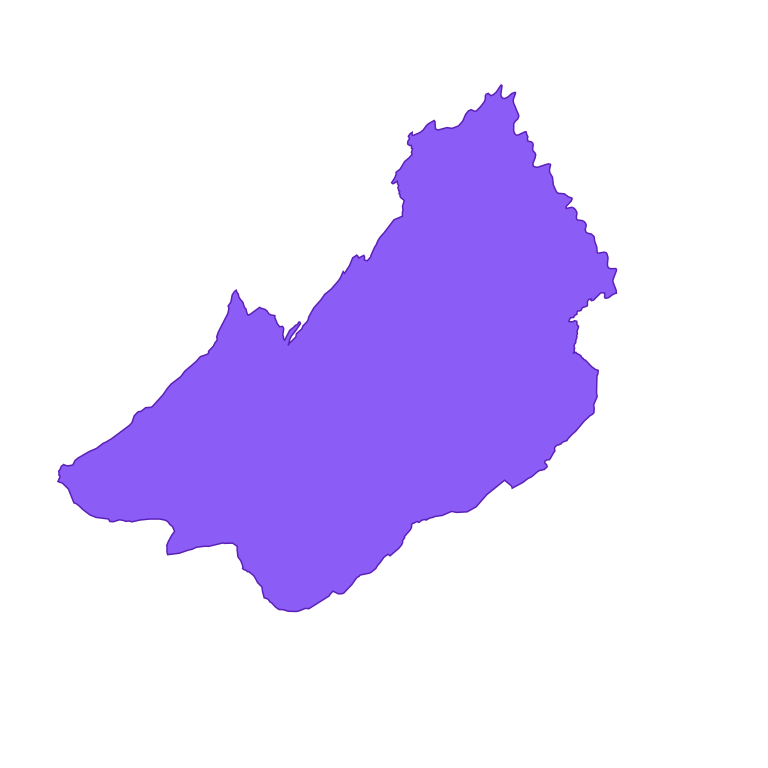 Gjerdrum nor, Akershus, Norway, rotated 314°
{"feature_id": "86288312B13989294808730", "entity_name": "Gjerdrum nor", "entity_type": "district", "adm_level": 2, "iso_a3": "NOR", "parent_name": "Norway", "parent_adm1": "Akershus", "projection": "equal_earth", "projection_center": [11.024, 60.079], "detail": "fine", "context": "isolated", "style": "filled", "palette": "violet", "viewbox_px": 768, "rotation_deg": 314, "n_neighbors": 0, "source": "geoboundaries", "source_scale": "gbopen_adm2", "svg_char_len": 6154}
<svg xmlns="http://www.w3.org/2000/svg" viewBox="0 0 768 768"><g transform="rotate(314 384 384)"><path d="M584.6,229.5L582.2,228.9L579.1,229.4L578.3,231.9L575.1,232.6L573.3,234.1L573.0,234.7L573.4,236.7L574.7,238.0L572.7,239.9L573.1,241.1L569.6,242.9L568.7,244.7L564.0,244.9L558.4,244.3L549.8,246.3L544.7,245.6L543.1,247.2L539.1,248.7L534.1,249.6L534.0,250.9L534.9,251.7L539.0,252.7L537.4,254.8L537.0,256.7L534.9,257.6L533.2,260.5L533.6,261.3L531.3,262.7L531.5,264.0L530.2,265.0L529.7,266.7L530.1,271.1L524.7,273.8L522.2,277.0L520.4,277.8L517.5,280.7L509.1,277.1L492.8,279.0L487.3,279.2L483.3,279.9L477.8,282.0L476.5,282.0L467.2,285.4L466.3,286.1L461.0,286.4L459.6,283.8L462.0,281.6L462.5,280.1L457.2,278.3L457.9,275.8L457.8,274.9L453.0,273.8L445.4,276.9L436.1,278.7L436.5,276.5L430.4,278.8L426.3,279.5L415.4,280.1L407.5,279.1L400.3,280.2L390.0,280.6L379.5,283.4L378.2,284.5L375.8,285.3L369.3,285.4L366.7,286.6L359.2,286.1L356.7,287.9L348.2,287.7L345.1,288.1L347.3,287.3L350.7,285.2L354.2,284.1L361.2,283.4L369.4,282.0L370.1,280.3L369.1,279.7L366.5,280.4L364.7,279.5L361.8,279.6L357.1,278.9L346.5,282.1L346.5,281.3L347.5,279.2L348.3,278.8L348.8,277.3L353.9,273.6L354.7,272.4L354.9,270.9L352.7,269.2L353.2,265.5L356.1,259.1L357.4,258.0L355.2,254.8L354.5,252.4L355.3,248.8L354.9,246.3L353.2,243.1L352.8,241.3L341.2,239.3L339.1,238.4L339.9,236.0L342.2,232.4L342.1,230.8L342.9,228.9L344.7,225.9L345.1,221.9L345.7,219.4L347.6,216.3L347.7,214.8L348.8,212.5L346.7,212.2L342.7,212.9L336.6,216.9L331.8,217.7L330.8,219.8L326.2,222.7L306.0,228.8L301.5,231.0L301.0,232.2L299.3,233.6L296.7,233.7L292.5,235.0L286.2,235.0L285.3,235.3L284.2,236.5L281.9,235.9L276.1,232.9L269.6,233.2L254.6,231.8L248.1,232.7L236.1,230.9L230.5,231.2L222.8,232.5L206.5,233.0L204.9,232.2L201.5,229.0L195.6,228.2L193.2,226.4L187.7,226.4L180.9,229.6L177.3,229.6L155.3,226.0L149.2,224.4L146.4,223.2L137.9,221.9L130.2,218.7L118.2,215.3L114.4,214.9L109.5,216.4L105.3,213.3L103.9,210.8L103.6,209.5L100.5,209.1L97.0,210.5L95.3,210.5L94.0,212.4L92.6,213.4L92.7,215.2L87.3,217.2L89.3,221.6L89.2,230.0L83.1,243.5L84.1,245.6L84.5,249.0L84.5,254.6L85.5,263.3L88.0,269.5L95.5,279.6L94.6,282.2L96.8,284.9L102.6,288.1L104.6,290.9L105.9,293.8L108.2,295.5L109.7,298.4L116.7,303.0L123.9,309.1L131.1,316.5L134.2,321.5L134.8,324.1L134.2,327.7L134.5,330.8L132.6,335.7L128.0,336.3L120.5,338.4L116.7,340.0L115.8,341.5L112.6,344.3L110.9,346.9L119.9,354.2L129.4,359.1L131.4,360.6L136.3,362.5L143.3,368.2L145.3,370.6L158.0,378.7L158.4,379.8L164.4,385.7L165.3,391.2L162.9,393.3L158.2,399.0L157.4,403.6L155.9,407.0L154.4,409.7L153.2,410.2L153.0,411.6L154.2,414.5L154.1,416.1L155.1,417.2L155.6,423.0L155.4,424.6L153.3,431.3L153.2,437.1L150.4,440.7L147.0,446.3L148.7,450.1L148.0,453.2L148.5,455.5L148.2,461.0L148.8,465.0L151.7,468.4L154.0,473.0L159.4,478.9L162.1,480.7L167.6,483.1L169.7,485.2L169.9,486.0L193.5,491.8L194.9,491.3L199.5,491.2L201.4,497.0L204.3,499.7L205.9,500.3L217.6,500.2L225.5,498.9L228.6,499.7L229.9,499.5L237.7,504.8L239.5,505.5L245.6,506.3L248.9,505.4L252.7,505.3L259.3,504.3L264.2,505.1L264.6,507.7L275.8,508.8L280.6,508.4L283.1,507.4L284.1,506.2L287.8,505.6L288.4,504.7L297.7,504.2L300.2,503.2L302.2,501.5L303.5,501.2L304.3,502.0L308.0,503.2L308.6,505.2L312.7,506.0L315.5,508.0L315.3,508.8L319.2,510.0L322.6,512.2L323.8,512.4L329.9,517.2L339.3,521.1L342.1,525.5L349.8,532.6L359.5,535.6L376.0,534.8L398.5,537.6L399.2,545.6L398.9,547.4L398.1,548.6L410.1,552.4L415.6,553.1L419.8,554.6L427.9,555.4L430.7,556.4L431.5,557.4L433.1,558.0L433.7,558.7L437.8,558.9L439.0,556.9L438.8,554.9L439.9,553.4L442.4,553.8L444.5,555.6L446.4,555.3L452.4,553.7L454.4,553.6L456.0,551.5L457.3,550.8L460.4,550.9L461.4,551.9L464.2,553.0L466.0,552.7L470.4,554.9L472.4,554.4L478.8,554.3L483.3,554.7L496.2,553.8L504.2,554.2L507.1,555.0L509.1,555.0L512.4,552.2L514.8,549.2L522.9,546.2L525.5,542.8L537.6,531.7L539.5,531.0L542.6,528.7L541.3,525.8L540.7,521.3L541.1,512.2L540.4,510.9L540.8,509.1L540.2,508.0L541.0,506.6L540.9,504.7L539.9,501.3L540.1,500.2L538.0,498.8L539.8,498.3L540.9,496.8L542.1,496.4L543.0,494.5L545.1,493.4L546.9,493.2L548.5,491.8L551.9,490.1L552.5,489.0L554.7,488.1L555.8,486.4L560.2,484.3L560.8,483.1L560.5,482.8L560.9,481.4L563.0,479.1L561.9,477.1L559.6,476.4L558.7,475.3L557.4,473.5L558.3,472.9L561.3,472.2L563.5,474.2L566.0,473.6L568.3,474.3L569.6,472.9L570.8,472.6L573.6,474.6L576.7,473.7L581.1,475.9L582.0,475.6L584.9,472.8L587.4,472.7L589.0,473.7L588.1,474.3L588.1,475.4L590.1,476.5L599.7,476.6L600.8,477.0L602.7,479.7L599.7,482.3L599.4,483.4L599.8,484.1L602.2,485.6L608.2,486.6L610.7,488.1L612.7,485.9L616.7,477.4L618.0,476.3L626.7,472.6L628.0,471.6L628.0,470.5L624.1,466.6L623.6,464.6L623.8,463.6L625.2,461.6L630.5,457.4L632.4,454.2L632.8,452.6L631.7,450.7L627.1,447.4L626.7,446.4L626.9,445.7L630.3,442.0L632.9,436.6L636.0,432.6L635.9,428.9L634.0,425.8L633.5,424.1L634.7,421.6L638.7,419.2L639.4,418.0L639.9,415.5L639.4,413.3L636.4,409.2L636.4,408.1L637.5,406.6L641.1,404.0L641.9,402.4L642.4,399.9L642.5,398.7L641.6,396.3L637.0,393.3L637.2,392.5L638.6,391.7L645.6,391.6L647.9,390.7L648.3,389.9L646.7,386.6L646.1,381.6L642.6,377.3L642.0,376.3L642.2,374.1L644.8,367.6L649.8,361.5L651.2,356.3L653.3,354.0L657.4,351.6L657.6,350.9L656.6,349.4L655.2,348.5L646.4,343.8L644.7,341.2L644.6,339.6L646.3,337.8L651.5,335.7L654.4,333.8L655.2,331.7L655.2,329.5L656.1,327.8L659.7,325.2L660.6,323.7L660.5,321.5L658.8,319.1L658.8,318.5L660.0,316.9L662.0,315.5L662.5,313.6L664.1,311.1L663.2,310.1L656.2,307.5L654.9,306.3L654.9,304.1L656.2,301.4L661.4,296.5L664.1,295.9L667.6,296.1L670.2,295.0L671.0,294.0L676.4,281.5L678.4,279.4L683.6,277.1L684.9,276.2L684.8,275.6L681.6,274.1L677.0,273.8L674.4,273.1L673.2,272.4L672.1,271.1L672.2,268.9L673.3,267.0L680.5,261.8L680.6,260.8L680.1,260.5L672.1,262.0L668.1,261.7L665.6,260.5L665.5,257.1L663.5,256.2L661.8,256.6L659.5,258.8L656.8,260.1L650.8,260.8L644.3,260.7L643.2,259.8L641.8,256.1L639.2,255.0L634.7,255.4L627.9,258.0L621.9,258.3L620.5,257.9L615.1,255.3L612.2,251.2L604.2,246.4L603.3,243.8L608.1,238.5L608.4,237.0L601.8,235.1L599.3,235.0L593.8,235.8L589.9,235.2L583.2,232.4L582.7,231.8L583.0,230.8L584.6,229.5Z" fill="#8b5cf6" stroke="#5b21b6" stroke-width="1.5"/></g></svg>